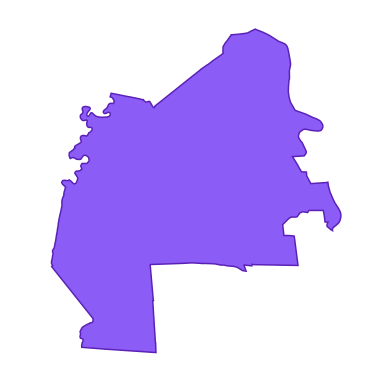 the district of C.A. Rosetti, Buzau, Romania, rotated 85°
{"feature_id": "2599482B61435890131280", "entity_name": "C.A. Rosetti", "entity_type": "district", "adm_level": 2, "iso_a3": "ROU", "parent_name": "Romania", "parent_adm1": "Buzau", "projection": "equal_earth", "projection_center": [27.145, 45.049], "detail": "fine", "context": "isolated", "style": "filled", "palette": "violet", "viewbox_px": 384, "rotation_deg": 85, "n_neighbors": 0, "source": "geoboundaries", "source_scale": "gbopen_adm2", "svg_char_len": 5900}
<svg xmlns="http://www.w3.org/2000/svg" viewBox="0 0 384 384"><g transform="rotate(85 192 192)"><path d="M254.1,338.3L309.5,301.6L309.8,301.7L311.9,301.8L312.6,302.1L313.1,302.7L313.4,303.2L313.5,304.9L313.8,305.5L314.0,305.9L314.6,307.6L315.4,309.5L316.2,311.0L316.5,311.8L317.1,312.8L317.5,313.2L318.2,313.8L319.4,314.5L320.8,315.4L321.5,315.7L322.5,315.5L323.4,315.4L325.7,316.0L326.5,316.2L327.8,315.9L327.9,315.7L328.8,313.9L329.4,313.4L330.3,313.4L331.0,313.6L332.2,314.3L334.0,315.0L335.4,315.3L337.1,315.4L340.9,292.7L348.8,241.9L339.1,241.4L339.1,241.6L296.9,240.6L296.9,240.0L296.8,239.8L296.3,240.0L293.6,240.0L260.8,240.0L260.6,239.9L262.2,209.4L262.6,198.2L263.2,193.9L264.2,187.4L264.3,185.5L265.1,178.9L265.7,175.0L266.6,172.1L267.4,169.3L267.5,167.3L267.6,166.4L267.9,165.7L268.7,163.0L269.5,158.5L269.4,158.0L271.0,153.4L274.0,149.5L274.6,148.7L274.8,148.2L275.6,145.0L269.4,146.6L269.3,146.2L270.8,138.8L269.4,138.4L269.6,138.2L274.4,92.8L244.9,94.0L244.4,95.7L244.0,98.0L243.6,101.0L243.4,104.2L232.4,104.5L227.2,98.3L225.8,95.9L225.7,95.0L226.0,90.4L226.0,89.9L225.6,89.2L222.9,87.0L223.0,86.9L222.1,86.2L222.0,85.6L221.3,83.3L222.5,78.9L222.5,78.6L222.3,78.4L220.6,77.1L221.8,62.9L223.6,62.6L227.2,62.3L233.5,62.1L233.8,59.2L234.2,59.5L236.2,60.3L237.6,60.5L238.2,60.4L239.6,58.9L241.6,57.0L242.0,56.2L242.7,55.4L241.2,55.4L239.8,54.5L237.6,51.2L235.7,48.7L234.3,47.6L232.9,46.9L230.3,46.0L228.1,45.7L226.8,45.7L224.6,46.1L221.2,47.4L217.7,49.3L214.8,50.8L211.4,52.1L204.1,54.5L197.8,55.6L194.1,55.8L194.3,57.7L194.0,72.9L186.0,76.3L182.1,76.3L181.5,80.8L181.3,81.2L177.0,83.3L174.9,84.1L165.5,88.8L165.8,77.1L163.4,75.0L162.2,74.7L161.3,74.7L152.5,77.9L150.3,79.5L146.7,81.2L144.6,80.9L142.0,79.7L139.9,76.6L139.4,75.6L139.3,73.9L139.9,71.3L141.1,67.6L142.3,61.1L142.0,58.3L140.6,56.9L138.9,56.0L136.6,55.9L133.9,57.1L132.0,58.5L129.9,61.7L128.2,65.3L124.3,71.9L119.7,82.1L111.3,86.0L106.2,87.0L100.8,87.3L95.5,86.7L89.5,85.7L88.4,85.2L86.7,84.9L80.3,84.5L78.1,84.0L74.3,82.8L72.1,82.6L65.7,83.1L60.6,83.6L57.0,84.1L55.6,84.5L54.5,85.0L52.9,86.2L52.0,87.5L49.2,92.9L42.7,101.3L40.9,104.2L39.2,107.1L35.5,114.5L35.2,114.9L36.2,117.2L36.6,118.6L38.2,122.2L38.5,123.2L38.5,124.4L38.7,127.0L38.9,132.9L38.8,135.2L38.9,137.6L38.8,138.2L38.8,139.3L39.2,139.4L40.5,140.6L44.2,143.7L46.6,146.0L48.0,147.0L49.8,148.3L50.2,148.4L54.4,148.9L54.8,149.0L55.1,149.0L56.5,148.7L57.2,150.0L58.3,151.4L59.0,152.8L63.1,159.9L66.5,165.1L66.6,165.6L70.4,172.3L71.0,173.0L103.2,221.5L104.0,221.6L104.5,222.0L104.7,222.5L104.6,222.9L103.1,223.9L98.5,226.0L98.2,226.3L98.0,226.6L97.9,227.0L98.0,227.6L98.5,229.3L98.3,230.1L98.0,230.6L96.8,231.9L95.8,232.4L96.1,232.9L95.7,233.4L95.1,234.7L91.7,246.1L91.4,247.5L91.0,248.6L90.7,249.9L88.3,257.9L86.6,263.9L90.1,265.3L90.5,264.1L91.1,263.3L92.7,262.3L94.2,261.7L94.6,261.7L96.1,261.9L96.9,263.0L96.8,263.9L96.5,265.3L96.9,266.6L97.5,267.3L98.2,267.9L99.1,268.2L100.9,269.6L101.6,270.4L102.6,272.1L103.2,272.7L104.0,273.3L104.8,273.4L105.4,273.2L105.6,273.1L106.2,272.3L106.3,271.6L106.1,270.3L105.5,269.4L105.3,268.7L105.4,267.8L105.7,267.3L106.2,266.8L107.2,266.7L108.1,266.8L108.9,267.2L109.5,268.3L109.8,269.8L109.9,270.7L109.8,273.1L109.8,274.4L109.7,275.4L109.0,278.9L108.6,279.9L107.9,281.3L107.1,282.2L104.5,284.6L104.4,284.7L104.3,285.5L104.5,286.0L107.1,287.9L107.5,288.6L107.3,289.5L107.0,289.9L106.3,290.1L105.5,290.1L104.6,289.7L103.6,289.0L103.0,288.5L102.5,287.9L100.9,286.5L99.8,286.1L98.8,286.6L98.3,287.4L98.3,288.0L98.2,288.4L97.5,290.2L97.5,291.0L97.6,292.1L97.8,293.0L98.2,293.6L99.1,294.0L99.9,294.2L101.2,293.9L102.1,293.6L102.7,293.6L103.6,294.0L104.2,294.5L105.3,296.0L105.9,296.5L107.8,296.8L108.5,296.6L109.7,296.0L111.0,295.0L111.4,294.0L111.3,292.0L111.1,291.2L111.2,290.7L111.7,290.1L112.1,290.1L114.2,290.9L115.2,291.0L116.2,290.9L117.1,290.7L118.4,289.8L118.7,288.9L118.8,287.6L119.0,286.5L119.7,286.1L120.4,286.0L121.4,286.1L122.7,287.3L123.4,288.2L124.0,289.6L125.7,290.6L126.4,291.3L126.9,292.0L127.1,292.3L126.3,294.7L126.1,295.8L126.4,296.6L126.6,297.5L127.2,297.7L127.5,298.2L128.1,298.4L129.0,298.5L129.8,298.5L131.6,297.9L132.2,297.9L132.8,298.3L133.6,299.6L134.3,300.9L135.4,303.4L136.3,304.7L136.7,305.0L137.9,304.9L138.1,304.9L138.2,305.3L138.4,305.3L138.4,305.6L139.6,306.6L140.0,307.0L140.5,308.3L141.2,309.0L141.6,310.0L142.0,310.7L142.6,310.9L143.6,311.0L144.4,311.2L145.1,311.2L145.7,311.1L147.1,310.8L147.9,310.5L148.1,310.2L147.4,308.9L147.3,308.3L147.4,307.5L147.7,306.4L148.2,305.6L149.3,304.2L149.4,303.7L149.4,303.3L149.6,302.7L149.8,301.2L149.7,300.1L149.2,299.4L148.2,298.8L147.7,298.4L146.3,296.8L146.1,296.1L146.2,294.7L146.7,293.9L147.0,293.6L147.4,293.0L148.9,291.9L151.7,291.7L152.3,292.0L152.8,292.4L153.0,292.8L154.1,293.8L154.3,294.2L154.3,294.6L154.3,295.6L154.1,297.2L154.1,297.9L154.0,298.3L154.0,299.0L154.9,299.8L156.4,300.5L156.9,300.5L157.8,300.1L158.8,299.9L159.8,299.9L160.0,300.0L160.1,300.7L160.8,301.3L161.1,302.1L161.2,303.1L161.1,303.5L161.2,304.4L161.1,305.2L161.3,305.7L161.8,306.4L162.1,306.7L162.9,307.0L163.4,307.0L166.9,305.0L167.5,304.8L168.7,304.7L169.5,304.9L170.9,305.5L172.1,306.2L173.2,307.0L173.6,308.1L173.6,308.6L173.3,309.3L172.4,310.2L170.7,311.5L169.8,312.8L169.3,313.0L169.2,313.2L169.3,313.5L169.8,314.4L169.9,315.4L169.4,316.7L169.4,317.3L169.2,318.2L169.2,319.2L169.5,319.9L170.6,320.8L171.2,321.0L171.6,320.9L172.9,320.3L176.1,317.5L180.7,319.3L182.9,319.9L183.9,319.9L187.4,321.7L190.1,322.5L193.2,322.6L194.6,322.8L200.6,324.6L202.1,325.2L206.7,326.6L210.7,327.7L215.0,328.6L217.3,329.3L219.9,329.8L222.5,330.6L228.4,332.0L231.9,333.1L235.0,333.9L236.1,334.4L236.1,334.5L237.1,335.3L237.5,335.6L238.3,336.0L239.8,336.1L240.7,335.8L241.5,335.8L244.3,336.7L245.9,336.9L247.9,337.7L250.1,338.2L250.6,338.2L251.3,337.9L252.3,337.8L252.6,337.6L252.9,337.2L253.1,337.2L253.4,337.4L254.1,338.3Z" fill="#8b5cf6" stroke="#5b21b6" stroke-width="1.5"/></g></svg>